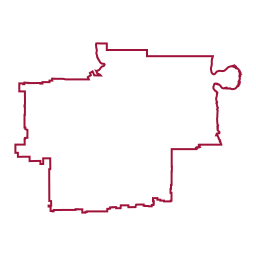 the district of Dalwallinu, Western Australia, Australia
{"feature_id": "25037944B57812572751517", "entity_name": "Dalwallinu", "entity_type": "district", "adm_level": 2, "iso_a3": "AUS", "parent_name": "Australia", "parent_adm1": "Western Australia", "projection": "equal_earth", "projection_center": [117.374, -30.13], "detail": "fine", "context": "isolated", "style": "outline", "palette": "rose", "viewbox_px": 256, "rotation_deg": 0, "n_neighbors": 0, "source": "geoboundaries", "source_scale": "gbopen_adm2", "svg_char_len": 5531}
<svg xmlns="http://www.w3.org/2000/svg" viewBox="0 0 256 256"><path d="M24.6,138.9L24.7,144.6L15.4,144.6L15.4,152.8L17.9,152.8L17.9,156.8L29.6,156.7L29.6,161.1L40.4,160.9L40.4,164.0L43.2,164.0L43.2,158.3L50.2,158.3L50.3,169.1L50.2,169.2L49.2,169.2L49.3,201.0L51.1,201.1L51.2,205.6L48.6,205.6L48.6,206.5L50.6,206.5L50.6,211.0L52.7,211.0L52.7,211.4L53.7,211.3L53.7,210.0L75.6,209.9L75.6,209.2L77.9,209.2L77.9,209.3L82.3,209.3L82.3,212.6L85.5,212.6L85.5,211.9L86.9,211.9L86.9,211.4L107.2,211.4L107.3,210.9L107.3,208.9L108.7,208.9L108.7,208.7L110.1,208.6L110.1,207.4L112.5,207.4L112.5,207.1L116.1,207.1L116.1,208.2L120.6,208.2L120.8,205.3L128.4,205.3L128.4,207.2L135.5,207.1L135.5,206.5L136.2,204.6L143.6,204.5L143.6,205.7L144.8,205.7L144.8,206.0L148.6,206.0L148.8,206.3L151.7,206.3L151.8,205.0L153.5,205.0L153.5,203.5L153.8,203.5L153.8,201.2L153.0,201.2L153.0,198.1L156.4,198.1L156.5,198.2L157.4,198.1L157.4,199.7L160.3,199.7L160.3,200.6L164.0,200.6L164.0,201.4L170.6,201.4L170.6,200.7L171.5,200.7L171.5,192.9L170.5,192.9L170.5,188.9L171.0,188.9L171.0,184.9L171.6,184.9L171.6,171.5L171.8,171.5L171.9,166.7L171.7,166.7L171.7,165.3L171.7,149.1L196.0,149.1L195.9,147.9L196.0,147.7L196.4,147.3L197.0,147.2L197.3,147.8L197.4,147.6L197.2,147.4L197.4,147.6L197.6,147.5L198.7,147.4L198.9,147.5L199.1,147.4L198.8,147.3L199.6,147.2L199.2,147.1L199.1,146.8L199.6,146.8L199.4,146.4L198.9,146.1L198.8,145.5L199.4,145.1L199.7,145.1L200.3,145.5L200.1,145.3L200.9,145.4L200.4,145.2L200.2,144.9L199.9,144.9L199.8,144.7L221.3,144.7L221.3,144.3L221.0,144.0L220.7,143.8L220.8,143.2L220.4,142.0L220.2,141.9L220.3,141.7L220.4,140.9L220.2,141.2L219.9,141.1L220.0,140.9L219.8,140.7L219.9,140.1L219.7,139.7L219.0,139.3L218.7,138.6L218.8,138.3L218.2,137.2L217.9,136.1L217.7,135.5L218.0,135.1L217.8,135.2L217.3,135.6L217.0,135.5L216.9,135.2L216.7,135.1L216.2,135.2L216.6,134.0L217.0,133.5L217.6,133.4L218.5,133.5L219.2,133.3L219.4,133.1L219.5,132.5L219.4,132.0L219.3,131.8L218.8,131.5L217.7,130.2L217.8,128.8L217.8,128.3L217.9,127.8L217.8,127.4L217.8,126.8L217.5,127.2L217.5,126.5L217.4,126.4L217.6,126.0L217.6,125.6L217.8,125.5L217.6,125.3L217.3,123.0L217.3,122.4L217.2,121.4L217.2,120.5L217.1,119.3L217.1,118.2L217.4,116.4L217.3,115.8L217.4,115.1L217.3,114.5L217.5,113.7L217.4,112.8L217.5,112.2L217.5,111.7L217.7,111.0L217.4,109.3L217.6,108.5L217.4,108.6L217.5,108.2L217.5,107.6L217.3,107.0L217.3,106.7L217.2,106.5L217.1,105.5L216.8,104.4L216.8,103.1L217.1,102.6L217.1,102.4L216.7,102.5L216.9,101.9L216.6,101.4L216.4,100.7L216.4,100.1L216.1,98.9L216.2,98.2L216.8,95.9L216.9,94.6L217.3,93.5L217.2,93.3L216.2,93.8L217.2,93.0L217.3,92.7L217.3,92.3L217.0,92.1L216.8,92.2L216.7,91.9L216.3,91.4L215.2,90.8L214.4,89.8L213.8,89.1L213.6,88.7L213.4,88.1L213.4,86.7L213.8,85.8L214.0,84.9L214.5,83.8L214.8,83.6L215.5,83.6L216.1,84.0L216.4,84.0L216.0,83.8L215.9,83.7L216.2,83.6L216.8,83.8L216.5,83.9L216.6,84.0L216.8,83.9L217.0,84.0L217.0,83.8L217.2,83.7L218.5,84.4L218.9,84.5L220.4,85.7L221.0,86.7L221.8,87.6L222.4,88.1L223.6,88.4L224.0,88.4L224.4,88.3L224.7,88.0L225.7,88.0L225.9,87.9L226.0,88.1L226.4,87.5L226.7,87.5L226.9,87.8L226.9,88.0L227.3,88.4L228.0,88.6L228.7,88.6L229.8,88.3L229.9,88.5L232.1,89.2L235.0,88.7L235.6,88.3L236.7,87.1L237.0,86.8L237.0,86.6L237.1,86.3L237.6,85.7L238.2,86.1L238.3,86.0L238.4,85.8L238.5,85.8L238.6,85.3L238.4,85.4L238.1,85.3L238.5,84.3L238.4,83.8L238.5,83.7L238.8,84.2L238.7,84.4L238.8,84.9L238.8,84.5L239.1,84.0L239.0,83.8L239.2,84.3L239.5,84.1L239.5,83.6L239.1,82.9L239.1,82.3L239.3,82.1L239.7,82.1L239.8,82.4L239.9,82.1L239.7,82.0L239.8,81.9L239.7,81.8L239.3,81.6L239.1,81.0L239.5,80.3L239.5,80.1L239.4,80.3L239.2,80.4L239.7,79.4L239.7,79.2L239.9,78.8L239.7,77.9L239.8,77.4L240.0,77.3L240.6,77.3L239.7,76.9L239.5,76.6L240.1,76.1L239.6,75.7L240.0,75.3L239.8,74.9L240.5,74.4L240.0,74.2L239.9,73.9L240.0,73.7L240.4,73.4L240.5,73.1L240.1,72.9L240.0,73.2L239.5,72.9L239.5,72.6L239.9,72.4L240.1,72.5L240.2,72.2L240.0,71.9L239.7,72.2L239.3,71.7L239.7,71.5L239.8,71.1L239.2,70.8L239.4,70.3L239.2,70.5L238.6,69.5L238.0,68.8L237.1,68.2L236.5,67.6L236.6,68.1L236.5,68.4L236.2,68.4L235.7,68.0L235.6,67.7L235.8,67.4L235.9,66.9L235.9,66.5L235.7,66.3L234.6,66.1L234.7,65.8L234.4,66.1L234.1,66.2L235.0,67.0L234.4,67.1L234.1,67.0L233.7,66.7L233.0,66.6L232.9,66.4L233.3,65.9L233.4,65.7L231.4,66.3L230.6,66.4L228.4,67.1L227.6,67.8L226.2,69.2L225.3,69.9L224.6,70.6L223.4,71.0L222.5,71.1L219.2,70.8L217.0,71.5L216.6,71.8L214.9,73.9L214.1,74.3L213.3,74.2L212.5,73.7L211.6,72.5L211.0,69.5L210.9,68.4L211.1,67.7L211.2,67.0L211.7,65.3L211.6,64.9L211.8,64.3L211.8,62.5L211.7,61.9L211.8,60.4L212.0,59.6L211.9,59.1L212.8,56.8L212.9,56.2L147.0,56.2L147.0,50.0L106.8,50.0L106.8,43.5L96.3,43.4L96.0,44.6L96.3,47.9L96.8,49.8L96.8,50.7L96.4,52.8L96.4,53.6L96.8,54.8L97.4,57.2L98.1,58.8L98.5,59.2L98.7,59.7L98.4,59.5L98.6,59.9L99.1,60.3L99.9,61.9L100.6,62.8L101.5,63.5L104.2,63.9L104.6,64.6L104.2,65.5L103.7,66.0L102.1,66.5L101.3,67.1L99.2,69.9L98.5,70.4L97.8,70.4L97.0,71.1L96.2,70.9L96.5,71.4L96.8,72.6L97.1,73.1L97.7,73.5L100.1,74.8L100.7,75.5L94.3,75.4L92.6,71.4L89.9,73.0L90.9,75.2L87.8,77.1L88.8,79.4L65.8,79.4L62.9,78.8L54.4,78.8L54.4,78.7L52.1,78.7L52.1,79.0L52.0,80.0L52.2,80.6L49.5,80.6L49.5,82.1L42.4,82.1L42.4,83.6L40.3,83.6L40.3,83.0L28.2,83.1L28.2,82.8L25.1,82.8L25.1,82.6L24.4,82.6L24.4,84.2L23.1,84.2L23.1,83.4L19.3,83.4L19.3,91.4L24.9,91.4L25.0,104.3L24.5,105.1L24.5,106.3L24.9,106.3L24.9,114.8L24.5,114.8L24.5,127.5L25.4,127.5L25.4,129.2L27.4,129.9L27.4,137.8L25.1,137.9L25.1,138.9L24.6,138.9Z" fill="none" stroke="#9f1239" stroke-width="2"/></svg>